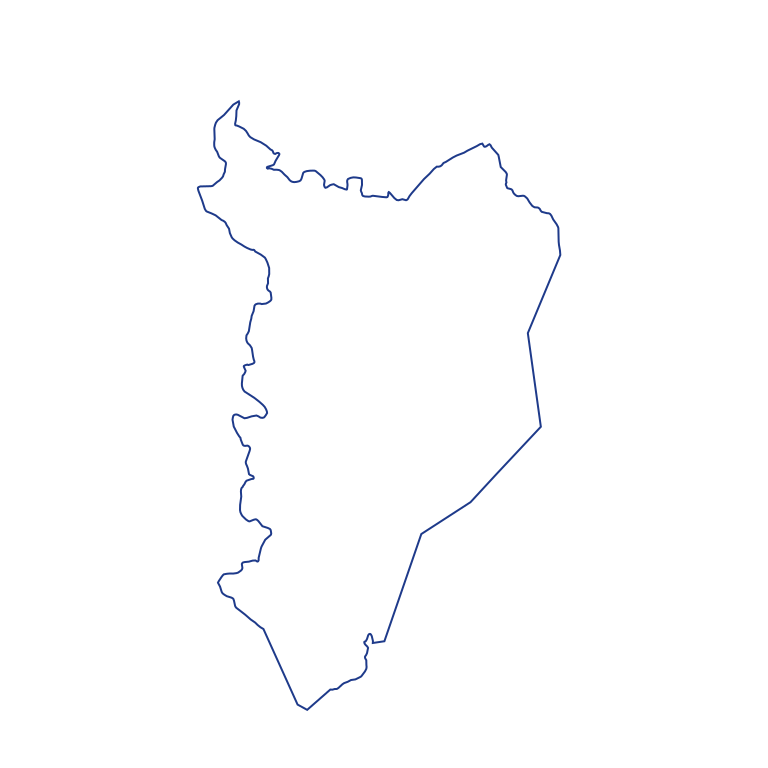 the district of Concepcion de Maria, Choluteca, Honduras, rotated 169°
{"feature_id": "27666195B30241757511056", "entity_name": "Concepcion de Maria", "entity_type": "district", "adm_level": 2, "iso_a3": "HND", "parent_name": "Honduras", "parent_adm1": "Choluteca", "projection": "natural_earth1", "projection_center": [-86.944, 13.221], "detail": "fine", "context": "isolated", "style": "outline", "palette": "blue", "viewbox_px": 768, "rotation_deg": 169, "n_neighbors": 0, "source": "geoboundaries", "source_scale": "gbopen_adm2", "svg_char_len": 6153}
<svg xmlns="http://www.w3.org/2000/svg" viewBox="0 0 768 768"><g transform="rotate(169 384 384)"><path d="M472.6,689.2L478.6,687.0L489.7,678.6L497.0,674.7L499.1,672.6L500.3,670.6L501.6,667.8L501.9,666.7L503.5,656.6L504.5,653.8L504.9,651.9L505.2,650.0L505.1,648.4L504.5,646.0L503.5,643.8L502.7,639.2L502.2,637.8L501.5,636.9L497.7,633.0L497.2,632.1L497.0,631.2L497.2,630.0L499.1,625.1L499.7,622.7L501.4,620.4L502.4,618.5L503.7,617.3L506.7,615.2L509.3,614.1L514.4,611.2L516.1,611.2L526.7,613.0L528.6,612.6L529.2,612.1L529.4,611.3L529.3,609.1L527.5,598.7L526.5,590.1L525.7,587.9L525.0,587.1L520.8,584.4L517.1,581.7L512.2,576.0L510.5,574.8L509.3,573.5L508.7,572.4L508.1,569.9L506.5,566.0L506.5,561.5L505.5,557.1L504.9,555.8L503.3,553.6L500.6,550.8L497.4,548.1L494.8,545.6L492.5,543.7L489.3,541.5L487.7,540.8L486.4,540.6L485.8,540.2L485.1,538.6L480.2,534.5L476.8,530.8L476.2,529.1L475.3,525.5L474.6,519.8L475.7,513.8L476.7,511.6L477.8,509.8L478.6,505.0L480.2,502.5L480.5,501.3L480.5,499.9L480.2,498.8L479.6,497.8L478.3,496.5L477.8,495.4L478.1,490.1L478.5,488.4L479.1,487.7L480.2,487.0L482.4,486.1L484.5,485.5L488.8,485.8L490.3,486.6L492.4,487.0L494.7,486.7L495.5,486.2L496.2,485.5L498.1,480.4L500.9,476.1L501.8,473.5L503.5,470.1L506.6,461.6L508.2,459.5L509.7,458.0L510.6,455.1L510.7,452.8L510.3,450.9L509.8,449.8L508.2,447.6L507.0,444.6L507.0,442.6L507.3,435.9L507.2,432.9L506.9,431.1L507.0,430.2L507.7,429.4L509.2,428.9L513.4,428.5L513.8,428.6L514.4,429.1L515.2,429.1L517.2,428.8L518.1,428.4L518.3,427.9L518.2,427.2L517.3,423.4L518.0,422.1L519.4,420.4L520.8,419.4L521.2,419.0L523.4,411.7L523.8,409.3L523.7,407.2L523.3,405.3L522.3,403.2L513.9,395.1L509.8,390.4L506.9,386.6L505.5,384.3L504.6,381.7L504.2,379.4L504.3,377.8L506.0,375.9L507.8,374.3L508.5,374.0L510.0,374.0L511.7,374.6L513.4,376.2L515.2,377.4L520.2,377.5L524.9,376.9L527.5,377.0L533.3,381.6L534.5,382.2L536.0,382.4L537.0,382.2L537.9,381.6L538.7,380.1L539.5,377.9L539.6,370.9L537.6,364.0L536.1,360.2L535.2,358.6L535.2,356.7L534.2,351.3L533.7,350.5L533.0,350.0L531.7,349.7L530.0,349.6L529.3,349.3L528.3,348.3L527.8,347.0L527.8,345.9L528.6,344.1L534.4,334.3L534.7,333.1L534.6,331.6L534.1,329.5L533.7,326.9L533.7,321.3L533.0,320.4L530.1,318.4L529.8,317.6L529.8,316.7L530.0,316.2L530.4,315.9L532.4,316.0L537.4,315.3L538.6,314.3L540.3,312.1L541.7,310.9L542.4,309.9L543.4,309.3L543.9,308.7L544.5,307.5L545.0,305.7L545.6,300.7L548.3,292.8L549.4,287.7L549.4,285.5L548.8,283.0L548.1,281.3L545.3,277.3L543.5,275.5L542.6,274.9L542.0,274.8L537.8,275.6L536.1,275.7L535.3,275.5L534.6,274.9L533.5,273.5L530.5,267.6L525.6,264.9L523.7,263.5L523.2,262.6L523.1,261.4L523.2,258.9L523.6,257.9L523.9,257.5L530.3,253.8L535.2,247.8L536.2,246.1L540.2,237.3L540.7,234.9L541.4,234.0L542.3,233.9L543.8,235.3L546.6,235.7L550.6,235.4L554.8,235.8L556.5,235.7L557.3,235.2L557.9,234.4L558.1,230.4L558.8,229.1L559.9,228.2L563.2,226.7L564.9,226.5L568.3,226.7L571.6,227.4L574.6,227.7L577.6,227.7L578.7,227.0L580.5,225.4L584.1,221.7L584.9,220.6L583.6,216.4L583.0,210.9L582.4,209.3L580.9,207.6L578.8,205.7L574.5,203.4L573.4,202.5L572.9,201.8L572.6,200.0L572.5,194.6L572.2,193.5L571.7,192.5L564.4,184.2L559.8,178.3L556.0,174.4L554.0,171.5L551.7,168.8L549.1,166.5L530.0,85.8L521.6,78.8L495.0,94.3L493.0,93.8L490.4,94.0L489.1,93.7L488.3,93.7L486.8,94.3L482.1,97.2L480.2,98.0L476.4,98.6L472.9,99.7L468.4,99.5L463.6,100.8L462.4,101.2L461.7,101.7L457.5,105.5L455.7,107.8L455.1,109.5L454.9,111.5L454.1,116.2L454.8,118.3L454.8,119.6L454.5,120.2L453.3,121.3L452.0,123.1L450.0,128.0L450.5,129.5L451.8,131.3L452.5,132.7L452.7,133.8L452.5,134.6L452.2,134.8L451.4,134.8L450.6,135.4L449.3,137.0L447.5,140.3L446.6,141.2L445.6,141.4L445.1,141.2L444.6,140.5L444.1,138.8L443.9,133.8L444.4,131.9L432.7,131.4L376.0,229.6L321.6,251.5L290.8,274.1L238.2,312.1L233.1,406.5L186.3,477.0L185.8,481.4L185.7,487.0L185.4,490.3L183.1,503.7L183.2,504.9L184.1,507.9L186.5,513.2L187.6,517.4L188.5,519.2L189.6,520.1L191.5,520.6L196.3,522.9L197.1,524.2L197.7,526.2L198.7,527.4L199.4,527.9L202.4,528.7L203.4,529.5L204.5,530.6L206.4,534.4L208.0,538.8L209.8,541.2L210.6,541.9L211.6,542.3L216.4,542.7L217.8,543.3L218.9,544.4L220.1,546.1L220.6,547.4L221.0,549.6L221.6,550.6L222.4,551.2L225.2,552.5L225.7,553.0L226.4,556.4L226.0,557.6L225.4,558.3L225.3,560.6L223.4,566.0L223.4,567.1L224.1,568.9L228.0,574.7L228.0,585.3L228.1,587.1L233.1,595.5L233.8,598.0L234.7,599.2L235.9,598.9L238.2,597.8L239.6,597.6L240.2,597.8L240.6,598.4L241.6,601.2L243.9,601.1L247.6,599.8L257.6,597.1L261.2,595.8L269.1,594.4L273.2,593.2L280.9,590.2L283.4,589.6L285.6,587.7L287.1,587.0L288.8,586.9L290.7,587.3L294.1,585.5L299.1,581.7L305.7,577.5L320.4,566.0L323.1,563.6L325.5,560.8L326.3,560.4L327.3,560.2L330.7,561.9L334.7,561.6L336.4,562.2L338.4,564.6L341.6,570.2L342.3,571.2L342.7,571.5L343.3,570.8L343.7,568.9L344.6,567.3L345.0,566.9L346.0,566.8L350.2,568.0L359.0,570.9L359.9,570.9L361.6,570.6L363.2,570.8L366.9,571.7L368.6,572.5L369.0,573.0L369.3,573.8L369.3,575.6L369.7,577.2L369.8,578.6L367.6,583.6L366.7,588.7L366.9,589.8L367.5,590.4L371.9,592.0L374.7,592.7L377.5,592.7L380.2,592.1L380.8,591.5L381.3,590.7L381.6,589.4L381.7,587.3L381.9,586.0L383.0,582.7L383.3,582.1L383.6,582.0L385.3,582.7L387.8,584.4L390.8,585.9L395.2,589.7L396.9,589.7L398.9,589.5L402.6,587.9L404.1,587.8L404.7,588.8L404.9,590.3L404.8,591.2L403.5,594.7L403.5,595.4L403.8,596.4L404.8,598.6L406.5,601.2L410.4,606.0L411.3,606.6L412.9,607.0L416.0,607.5L419.3,607.7L421.6,607.4L422.5,607.0L423.1,606.5L425.8,601.3L426.6,600.3L427.2,599.7L428.8,599.2L431.3,599.1L433.7,599.3L435.5,600.0L436.6,600.8L437.7,602.1L439.4,605.5L441.7,608.5L443.8,611.8L445.3,613.4L446.3,614.1L448.4,614.8L451.2,615.3L453.4,616.8L455.4,617.6L457.1,617.6L457.7,618.3L457.6,619.0L457.1,619.4L451.4,620.0L450.1,620.5L447.8,623.8L443.3,628.8L442.8,629.7L443.1,630.4L443.5,630.9L444.2,631.1L445.4,631.1L446.9,630.6L447.9,631.1L448.5,632.0L448.7,633.6L449.2,634.7L450.7,635.9L454.1,640.4L458.9,644.9L464.9,648.9L468.1,651.8L469.3,653.7L470.1,656.1L471.2,658.8L473.0,661.3L477.0,664.4L479.0,665.7L480.3,666.2L480.6,666.6L480.5,667.9L479.2,670.9L477.9,675.1L476.6,680.7L472.8,686.4L472.5,688.0L472.6,689.2Z" fill="none" stroke="#1e3a8a" stroke-width="2"/></g></svg>